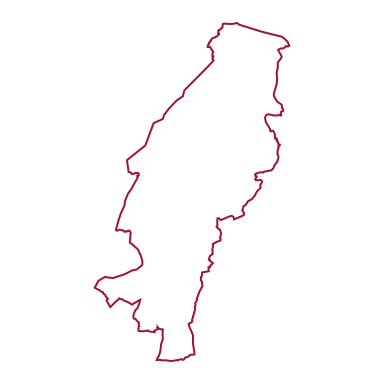 the district of Sirdal nor, Vest-Agder, Norway
{"feature_id": "86288312B17397528681230", "entity_name": "Sirdal nor", "entity_type": "district", "adm_level": 2, "iso_a3": "NOR", "parent_name": "Norway", "parent_adm1": "Vest-Agder", "projection": "orthographic", "projection_center": [6.807, 58.845], "detail": "fine", "context": "isolated", "style": "outline", "palette": "rose", "viewbox_px": 384, "rotation_deg": 0, "n_neighbors": 0, "source": "geoboundaries", "source_scale": "gbopen_adm2", "svg_char_len": 6027}
<svg xmlns="http://www.w3.org/2000/svg" viewBox="0 0 384 384"><path d="M110.3,307.1L116.8,300.6L119.0,299.0L119.2,298.4L121.5,299.3L121.8,299.2L122.5,299.5L124.0,300.6L126.1,301.3L128.5,302.4L132.0,304.6L132.9,304.2L134.5,302.9L135.5,302.7L137.7,301.1L140.2,299.8L139.3,303.5L137.7,307.5L137.5,308.1L135.3,310.3L134.8,311.7L133.7,313.9L133.6,314.8L133.3,316.9L133.7,318.0L134.2,318.8L134.9,318.7L135.6,319.1L137.3,321.2L138.9,322.6L139.0,323.8L138.8,324.0L138.6,324.8L138.9,325.6L139.2,326.1L138.6,326.7L138.7,327.1L138.5,328.9L138.5,329.3L138.4,329.7L138.5,330.9L139.8,331.1L142.5,331.3L144.5,331.1L148.1,330.4L148.5,331.1L149.5,331.5L154.7,332.1L154.5,330.6L156.8,329.7L157.5,328.9L157.3,328.3L157.2,328.0L157.6,327.6L157.6,327.3L157.9,327.8L158.1,327.7L158.4,327.8L158.6,328.4L159.0,329.0L160.1,329.0L160.8,329.3L162.7,329.3L162.7,333.4L162.6,334.1L162.6,335.4L162.8,337.2L162.8,338.3L162.6,340.1L161.0,344.3L160.8,347.5L160.5,350.0L159.8,353.1L158.7,356.2L157.6,358.0L156.7,360.0L160.1,359.9L162.0,360.3L165.8,360.3L169.3,360.8L171.8,361.0L177.6,360.0L177.8,360.3L180.9,359.1L181.1,359.3L182.0,359.4L182.7,359.9L184.3,359.2L184.7,358.1L185.4,357.6L188.0,356.8L190.3,354.8L192.6,354.7L194.5,354.4L194.4,352.8L194.0,349.7L193.6,347.7L193.4,345.5L192.9,343.8L193.0,340.4L193.0,335.5L191.7,332.0L190.1,328.4L189.7,327.9L188.6,323.9L191.2,322.4L192.4,321.3L192.0,319.8L193.0,317.3L193.0,316.5L194.1,313.2L194.4,311.3L195.2,309.8L194.7,307.0L195.5,305.8L195.2,303.3L195.3,302.6L196.5,301.4L196.8,299.1L197.2,299.1L197.1,297.8L198.2,295.4L198.4,294.3L199.5,291.4L200.3,289.9L201.0,289.4L201.3,288.5L201.4,287.6L202.4,286.7L201.9,281.5L201.0,280.6L200.7,280.1L200.8,279.5L201.0,279.1L201.1,278.5L200.8,277.2L201.7,276.6L202.1,272.4L207.5,271.5L208.8,271.2L208.5,267.8L208.4,267.3L208.8,267.1L209.7,267.1L209.6,266.9L209.7,266.7L210.4,265.6L212.0,264.2L212.9,263.0L212.1,262.3L210.2,261.2L209.8,260.0L208.9,259.7L209.8,256.2L212.8,253.7L212.4,253.1L212.7,251.1L212.6,250.6L212.2,249.7L213.1,246.3L213.0,244.7L212.8,244.1L216.6,241.9L220.4,240.5L220.4,239.7L220.6,239.0L220.4,238.4L220.2,238.2L220.1,237.4L221.2,233.3L220.0,229.9L219.9,230.0L218.6,229.0L216.6,226.8L217.3,226.2L217.3,219.4L217.5,218.4L218.3,218.1L219.6,218.6L220.0,219.6L221.1,220.0L226.5,217.6L227.3,217.4L228.9,216.6L231.8,215.8L233.5,217.1L234.0,219.4L241.6,216.2L243.8,215.1L243.9,212.8L242.3,210.4L243.6,206.1L245.5,205.2L247.0,202.7L248.3,201.0L251.8,199.2L254.7,195.7L256.6,192.0L260.7,187.6L260.2,185.3L260.9,183.8L261.8,182.6L262.1,181.4L261.3,180.3L260.3,179.8L258.9,180.2L256.8,180.3L255.7,180.1L255.2,179.2L255.4,178.5L256.6,177.5L256.8,176.8L256.3,176.3L255.2,175.8L255.2,174.6L255.3,174.2L255.8,174.2L256.0,173.7L256.4,173.4L259.9,172.4L261.6,172.2L263.1,172.6L264.2,171.6L265.0,171.6L266.7,171.1L268.0,171.0L269.0,170.6L271.1,170.5L272.2,169.5L272.8,168.6L273.6,167.9L274.0,166.5L274.5,165.2L276.1,163.4L276.5,162.8L276.4,162.5L276.9,162.1L277.5,161.3L277.6,160.8L277.6,160.2L278.3,158.3L278.5,156.6L278.1,155.9L277.9,154.8L277.6,154.6L277.4,154.2L277.5,153.2L277.7,152.4L277.5,151.6L277.7,150.8L277.6,150.6L277.9,149.9L278.0,149.0L278.6,148.1L278.2,147.0L278.9,146.0L279.7,145.4L280.0,144.9L279.7,144.4L278.8,144.4L278.6,144.5L278.4,144.4L277.8,141.8L277.3,141.7L277.2,141.2L276.8,141.0L276.8,140.4L277.2,140.1L277.2,139.6L276.4,138.3L275.3,138.7L275.1,137.5L274.7,136.1L275.0,135.1L275.0,134.6L274.8,134.1L274.6,133.3L273.2,131.0L271.4,130.7L270.8,131.3L270.3,130.9L269.9,128.9L269.9,128.7L265.9,122.1L265.0,118.0L265.3,116.7L266.5,114.9L267.1,114.6L269.5,114.4L274.4,115.6L278.3,115.3L279.5,114.9L280.6,115.6L280.9,115.5L281.3,115.0L280.8,113.7L281.0,112.1L281.2,111.6L281.5,111.4L282.6,111.4L283.1,111.0L283.3,110.6L283.3,110.2L282.9,109.0L282.4,108.6L282.1,108.0L282.0,106.5L281.7,105.0L281.1,104.2L279.0,103.0L276.8,101.2L275.1,98.0L273.9,96.3L273.9,95.4L273.7,94.8L274.3,91.7L274.9,90.2L276.6,84.3L277.2,77.9L276.6,73.8L277.0,70.9L277.9,67.2L277.7,63.9L277.8,62.5L281.1,58.2L281.4,57.6L281.6,56.8L281.4,55.9L278.6,51.0L278.2,49.9L279.0,49.4L280.8,48.4L282.4,48.6L283.9,47.8L284.5,47.7L285.4,46.9L285.8,46.2L286.9,46.1L287.8,46.6L288.7,46.3L289.3,45.6L287.4,41.5L282.2,36.8L261.7,31.7L239.3,24.7L236.8,23.0L233.3,23.8L230.3,24.0L224.4,23.6L223.0,23.9L222.7,24.3L222.5,27.1L222.1,28.0L221.1,28.3L220.5,29.3L218.4,30.4L218.2,30.7L218.5,31.7L218.2,32.7L218.1,33.3L218.9,33.6L219.1,33.8L219.1,34.4L218.9,34.7L218.0,35.2L217.1,36.3L215.6,36.7L215.4,37.3L215.1,37.4L213.1,37.9L212.3,38.3L210.6,40.4L210.9,40.7L210.9,41.0L209.0,42.7L208.9,43.4L209.0,44.0L207.9,45.2L207.8,46.2L207.6,47.1L207.9,47.2L209.7,47.0L210.3,47.2L211.1,48.6L211.2,49.1L211.4,49.6L212.6,50.8L213.3,52.0L212.9,52.5L212.8,53.1L212.4,53.7L212.5,54.7L212.8,55.3L212.4,55.5L212.3,56.0L212.4,56.5L213.0,56.7L213.3,57.0L212.7,57.9L212.8,58.7L212.6,59.0L212.5,59.3L213.1,60.0L213.6,60.3L213.6,60.5L209.0,65.5L184.4,90.3L182.8,96.3L176.6,100.5L168.7,108.9L163.9,115.2L162.9,118.9L153.6,123.2L145.3,145.5L127.0,160.1L128.6,172.0L130.6,172.3L130.9,172.5L131.3,173.0L131.8,174.1L132.0,174.2L133.2,173.8L134.8,173.5L135.6,172.8L136.6,173.3L137.5,172.8L137.9,172.8L138.3,173.1L139.0,174.8L138.7,175.1L138.7,175.3L137.2,176.1L137.8,177.2L130.8,189.9L128.1,193.4L124.9,201.3L124.6,205.1L120.8,213.6L118.5,220.3L118.3,221.8L117.7,223.4L115.9,229.9L116.4,230.5L117.1,230.7L119.3,229.6L119.6,229.6L123.1,230.5L124.1,231.7L125.5,231.2L126.0,231.4L126.3,231.8L127.1,231.1L127.9,231.0L128.4,230.6L129.7,231.0L130.1,231.8L130.5,232.3L130.7,232.7L129.9,240.6L129.9,242.7L132.3,244.3L135.6,247.4L137.1,248.6L138.2,249.9L138.8,251.5L140.8,255.6L142.4,261.1L142.3,264.7L142.2,265.0L136.9,269.4L131.4,270.7L125.2,274.0L114.5,277.6L112.9,278.0L108.2,277.5L105.2,276.9L98.5,280.7L94.7,287.7L99.7,290.4L101.2,291.5L103.1,292.3L103.1,293.0L103.2,293.3L104.0,294.1L105.0,294.6L105.5,295.3L105.5,295.9L105.9,296.6L106.0,296.9L106.7,297.4L107.1,298.0L107.6,298.3L107.9,298.7L107.7,299.2L106.7,299.8L106.6,300.6L108.0,303.0L108.3,303.3L108.9,304.8L110.3,307.1Z" fill="none" stroke="#9f1239" stroke-width="2"/></svg>